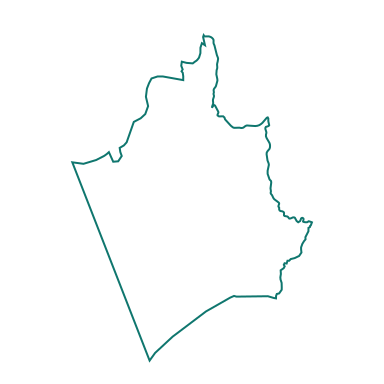 SVG path tracing the border of Zhambyl, rotated 249°
{"feature_id": "KAZ-3252", "entity_name": "Zhambyl", "entity_type": "Region", "adm_level": 1, "iso_a3": "KAZ", "parent_name": "Kazakhstan", "parent_adm1": "", "projection": "equal_earth", "projection_center": [72.801, 44.147], "detail": "fine", "context": "isolated", "style": "outline", "palette": "teal", "viewbox_px": 384, "rotation_deg": 249, "n_neighbors": 0, "source": "natural_earth", "source_scale": "10m", "svg_char_len": 3083}
<svg xmlns="http://www.w3.org/2000/svg" viewBox="0 0 384 384"><g transform="rotate(249 192 192)"><path d="M308.1,264.3L307.0,264.1L304.4,262.6L303.3,261.8L302.1,261.1L299.4,260.3L298.2,259.7L297.0,258.7L293.2,256.9L288.3,256.1L286.8,255.6L282.3,252.3L281.7,251.6L280.6,249.8L280.0,249.1L279.1,248.6L277.3,248.2L275.8,247.2L274.0,247.0L273.1,246.6L270.9,244.8L269.6,244.2L268.2,243.9L266.9,243.4L264.7,241.5L263.5,240.8L264.7,242.4L265.1,243.3L265.0,244.1L264.3,244.5L257.5,245.3L256.7,245.1L255.1,243.6L254.3,243.3L252.9,244.3L251.5,248.2L249.9,249.0L248.1,248.9L247.4,249.1L240.0,252.0L237.9,253.2L237.2,253.8L236.7,254.6L235.1,259.2L234.2,260.7L233.9,261.5L233.7,262.5L233.8,263.4L234.4,265.3L234.5,266.4L234.4,267.2L233.2,269.7L230.9,274.7L230.4,276.7L230.3,278.8L230.7,280.7L231.3,282.5L234.5,288.4L234.5,289.4L233.3,289.6L230.7,288.6L226.7,288.0L226.2,287.2L226.2,286.0L226.3,284.3L225.6,283.5L224.6,283.1L221.5,282.9L220.7,282.7L220.0,282.3L219.2,281.7L217.5,281.0L215.6,281.0L210.0,281.9L208.5,281.8L207.1,281.4L205.6,280.7L204.5,279.8L203.0,277.1L202.0,275.9L200.6,275.2L194.4,273.8L191.3,273.8L189.8,273.5L184.7,270.2L181.8,269.1L176.2,268.9L175.6,269.0L174.3,269.6L173.7,269.7L172.3,269.3L167.3,266.6L164.6,266.0L163.9,265.7L163.2,265.2L162.5,265.0L161.8,265.1L160.3,265.6L157.3,265.8L155.8,266.2L151.0,269.2L150.3,269.3L149.7,269.1L148.0,267.7L147.6,267.5L147.1,267.5L146.4,267.8L144.3,267.1L143.3,267.2L142.5,267.8L142.0,268.7L141.5,269.5L140.8,270.1L140.0,270.5L139.1,270.3L138.1,269.8L137.1,269.5L136.4,269.9L135.4,271.5L134.9,272.3L134.2,272.7L132.5,273.2L132.1,273.8L132.0,275.0L132.1,277.2L131.8,278.1L131.1,278.8L127.4,279.3L125.7,280.3L126.1,282.4L126.6,283.0L128.1,284.3L128.4,284.9L128.4,285.6L127.9,286.2L127.3,286.5L126.6,286.4L124.6,285.1L123.9,285.7L123.3,286.7L122.8,287.8L122.5,288.9L122.6,289.5L122.8,289.9L122.9,290.3L122.6,290.9L121.2,292.6L120.7,293.1L118.2,290.9L118.1,290.2L117.0,289.5L116.8,287.9L113.6,286.6L109.2,281.7L107.1,281.0L106.0,279.0L104.1,276.5L101.2,274.0L99.4,273.3L96.3,272.5L93.9,269.1L93.5,264.2L94.0,260.1L93.0,258.1L93.6,256.5L91.3,254.7L92.3,252.9L91.1,251.6L89.4,251.9L88.0,250.3L87.1,246.7L83.6,245.6L80.7,243.9L78.6,243.3L75.0,243.1L70.5,241.5L68.6,240.7L66.1,237.0L66.4,234.6L64.8,233.2L62.6,232.3L63.6,230.6L67.5,225.5L78.4,196.0L79.9,194.0L79.7,189.8L75.5,162.3L63.9,122.1L55.0,99.9L49.8,92.0L262.6,90.9L257.2,100.8L256.2,114.0L257.2,123.1L258.0,126.1L259.0,128.7L248.5,129.3L247.1,134.1L250.8,139.3L255.0,139.4L259.1,140.3L259.9,145.1L261.8,148.8L278.3,162.8L279.2,170.5L281.5,176.3L287.9,181.8L297.4,183.1L304.7,187.0L309.0,190.9L312.5,194.9L312.2,201.2L310.3,206.2L299.6,223.9L303.2,225.3L306.7,226.1L308.4,225.5L309.8,227.2L313.7,227.2L317.3,229.2L314.5,233.2L311.8,238.8L312.6,241.4L313.0,243.2L313.6,244.6L314.9,246.7L318.6,249.6L323.7,251.6L327.4,254.6L324.4,256.7L332.7,257.9L334.2,259.1L333.8,259.2L333.1,259.3L332.6,259.8L331.3,263.4L330.8,264.1L329.8,265.2L328.6,266.0L327.3,266.5L326.2,266.6L323.4,265.5L322.5,265.4L320.8,265.5L311.0,264.3L308.1,264.3Z" fill="none" stroke="#0f766e" stroke-width="2"/></g></svg>